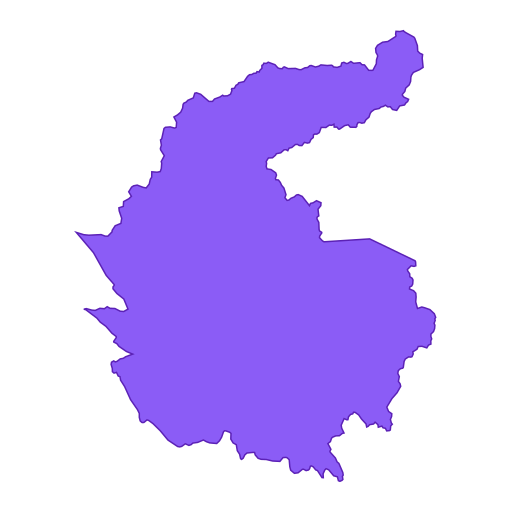 outline of Tarma, Junín, Peru
{"feature_id": "86281439B39213190692953", "entity_name": "Tarma", "entity_type": "district", "adm_level": 2, "iso_a3": "PER", "parent_name": "Peru", "parent_adm1": "Junín", "projection": "albers", "projection_center": [-75.639, -11.251], "detail": "fine", "context": "isolated", "style": "filled", "palette": "violet", "viewbox_px": 512, "rotation_deg": 0, "n_neighbors": 0, "source": "geoboundaries", "source_scale": "gbopen_adm2", "svg_char_len": 6016}
<svg xmlns="http://www.w3.org/2000/svg" viewBox="0 0 512 512"><path d="M403.5,30.7L400.0,31.5L396.0,31.3L395.6,34.2L396.0,35.9L395.5,36.6L387.9,41.5L382.6,42.2L377.5,45.3L375.6,48.4L376.0,52.5L377.5,55.1L377.6,56.4L376.5,59.8L376.3,63.8L373.0,70.1L372.3,70.4L368.7,70.3L364.5,64.9L362.0,64.7L360.0,62.7L353.6,63.3L350.9,61.5L347.8,63.4L346.3,63.5L343.9,62.3L341.7,63.0L340.9,66.1L337.2,67.4L333.4,66.9L332.6,65.7L331.5,65.2L327.3,65.5L320.9,64.9L318.7,66.2L315.4,67.0L311.2,65.5L309.8,65.7L307.6,67.5L304.9,67.8L301.1,69.7L299.1,69.6L295.5,68.4L288.2,68.6L284.4,66.9L283.4,67.2L282.2,68.7L279.5,68.5L277.9,67.9L275.0,64.7L268.2,62.2L266.4,63.4L263.8,63.2L263.2,64.6L261.9,65.4L261.9,68.3L259.7,70.5L259.2,72.0L257.0,71.6L256.1,73.2L253.8,73.3L251.8,74.5L249.5,74.7L247.6,76.3L244.0,81.6L238.7,82.8L237.8,84.3L236.0,85.3L234.4,88.3L231.8,88.6L231.5,89.4L231.9,90.6L230.5,94.2L227.5,95.8L223.7,96.0L222.7,95.2L219.9,97.0L214.5,99.0L212.5,101.4L208.9,101.4L200.7,94.3L196.5,92.8L194.8,93.2L193.3,97.9L187.8,100.3L186.3,102.0L183.8,103.2L183.1,104.4L182.6,108.2L180.7,112.2L177.5,114.9L173.9,117.0L176.6,122.2L176.2,127.4L174.6,128.1L170.2,126.9L165.4,127.3L164.0,128.5L161.7,138.9L160.5,139.9L161.4,145.2L160.4,148.4L160.6,149.8L164.3,155.7L161.2,161.6L161.7,163.1L161.3,168.6L160.2,171.6L157.1,172.2L151.8,171.8L151.7,177.2L150.3,179.3L149.2,184.1L146.2,187.9L143.3,187.4L137.2,185.1L133.6,185.8L131.6,187.1L128.7,191.8L131.4,196.3L128.9,198.7L123.6,201.6L123.3,206.4L118.9,207.8L119.2,210.9L121.7,218.3L120.9,223.4L115.2,225.7L112.2,230.3L112.0,231.9L107.8,236.2L105.1,236.1L101.1,234.6L88.9,235.2L83.8,234.7L76.3,232.4L93.5,252.7L106.2,275.4L114.2,284.6L114.2,285.3L113.0,286.9L113.0,288.8L116.9,293.5L123.8,299.0L128.0,309.1L123.7,311.5L120.2,311.2L114.9,308.5L110.0,308.3L107.2,306.7L104.4,308.7L99.9,308.3L95.3,310.4L91.8,310.1L86.3,308.6L83.8,309.2L85.8,309.7L96.9,318.1L100.2,322.1L106.0,326.4L111.9,333.2L116.2,336.5L116.3,337.5L113.7,341.4L113.8,342.1L116.8,343.6L119.0,346.4L126.4,351.5L132.7,354.1L125.7,356.7L123.3,358.3L120.2,358.9L117.0,361.4L115.3,361.9L113.7,360.9L111.5,362.2L111.1,364.4L112.3,368.4L112.4,371.7L114.0,373.1L116.5,372.4L118.2,376.0L120.0,376.7L120.6,380.2L124.6,386.5L130.6,399.7L137.4,409.5L139.3,413.4L139.3,417.4L140.2,420.9L141.8,422.4L142.8,422.6L144.0,422.4L147.0,419.9L148.8,420.5L153.1,423.7L160.2,430.7L168.0,440.1L177.6,446.5L179.7,446.9L181.7,446.4L185.3,443.8L188.9,445.4L191.2,444.6L192.8,443.1L197.7,442.4L203.4,440.0L206.4,441.7L209.8,442.9L216.7,443.5L219.5,440.8L221.6,437.2L223.5,431.8L224.5,430.8L225.9,430.9L229.8,432.3L231.0,433.4L230.8,439.1L233.1,442.9L236.3,444.7L237.3,450.7L239.6,454.2L240.6,458.7L241.6,459.4L243.2,458.2L244.8,454.9L247.0,453.0L253.1,452.4L254.6,452.5L255.2,454.9L258.1,458.3L261.1,459.3L266.3,459.5L272.6,461.0L279.9,461.4L283.0,457.6L286.0,457.4L287.2,457.8L289.2,459.7L289.8,466.7L290.7,470.2L294.4,473.3L298.1,472.8L302.4,469.3L303.5,469.2L306.1,470.6L308.5,470.0L309.5,468.9L310.4,466.2L311.3,465.9L313.2,466.8L315.7,469.9L317.5,470.6L322.0,477.6L323.3,477.7L323.1,473.8L324.8,470.0L326.1,468.7L328.7,469.8L333.7,475.8L337.4,476.8L338.4,480.7L339.9,481.3L342.0,480.4L342.9,479.4L342.4,476.4L343.2,475.1L342.8,472.5L338.9,463.4L337.1,461.9L335.4,458.0L330.2,452.2L329.9,451.3L330.9,449.3L327.9,443.6L330.4,441.6L331.5,438.3L332.4,437.3L335.7,435.9L339.5,435.7L342.3,433.4L344.0,433.0L341.7,428.2L341.2,425.2L344.1,418.6L346.8,419.8L347.9,419.7L348.5,416.8L350.6,414.4L352.7,413.9L353.5,412.3L355.0,412.3L358.7,414.9L361.4,418.9L366.0,423.9L366.7,427.0L368.2,426.3L369.6,424.7L373.6,424.0L375.1,422.2L377.9,424.6L378.3,427.2L381.9,426.1L383.0,427.8L385.4,428.3L386.7,430.9L389.5,430.6L390.3,430.0L390.7,425.9L392.3,424.2L391.3,422.9L390.4,419.4L391.6,416.5L391.8,413.7L388.6,411.5L386.8,407.1L392.0,398.5L397.0,392.8L400.7,386.3L400.1,383.8L398.4,381.4L399.3,376.6L397.8,373.4L398.3,370.6L400.4,368.7L402.7,368.2L403.3,367.4L404.1,361.5L405.3,359.0L408.6,356.9L410.9,357.1L412.0,356.7L413.2,354.0L412.8,351.9L417.0,349.2L418.2,346.5L422.0,346.3L426.8,347.9L428.5,345.1L430.9,344.1L430.8,340.8L431.7,338.9L430.9,336.5L430.9,334.1L433.5,331.6L434.6,328.6L434.9,325.2L434.1,323.3L435.2,320.4L434.8,318.8L435.7,317.4L434.3,313.7L429.9,309.6L424.8,307.8L421.8,307.0L417.5,308.5L415.7,301.9L416.1,297.0L415.8,293.2L413.6,290.7L409.5,289.0L409.7,287.0L411.7,286.0L412.7,284.1L413.0,280.0L412.2,278.3L409.8,276.7L409.7,273.8L407.7,270.9L407.4,269.5L411.1,265.8L414.0,266.4L415.8,265.8L415.6,261.9L415.1,260.8L369.7,238.9L324.0,241.8L322.4,240.8L319.5,237.7L319.7,236.0L321.8,232.9L321.6,232.2L319.7,231.1L319.1,229.6L318.8,222.4L317.1,219.2L316.9,217.9L317.4,216.8L318.8,215.9L318.0,209.2L320.8,205.7L321.0,202.7L316.5,200.7L313.1,202.8L310.5,203.4L309.5,205.7L302.2,196.4L298.2,194.6L296.4,195.0L294.3,196.9L290.9,198.3L288.8,200.1L287.1,200.4L284.9,197.7L286.0,194.7L283.9,188.0L281.6,185.3L280.3,182.4L278.4,180.0L275.8,179.7L275.4,178.4L276.5,175.1L275.7,172.8L271.0,169.5L267.0,168.9L266.2,166.4L266.6,163.5L266.2,161.5L268.4,158.0L272.5,157.8L275.5,155.2L276.4,153.7L280.8,152.8L284.1,149.8L286.1,149.7L287.8,150.7L289.0,148.2L291.8,147.5L295.4,144.5L297.5,144.4L299.2,145.5L301.9,145.6L304.4,142.4L307.4,143.1L309.5,142.6L311.0,139.4L313.2,137.6L313.5,134.7L314.6,134.1L316.9,134.1L319.3,132.6L321.2,127.4L325.9,127.5L329.3,125.1L331.8,125.3L333.9,124.2L334.2,127.1L336.9,127.1L338.6,129.1L339.6,129.1L344.7,125.6L348.2,124.8L350.3,127.2L355.9,127.3L356.8,126.4L356.9,124.7L358.1,122.6L359.8,122.5L361.8,123.2L364.3,122.7L365.9,119.8L369.0,117.1L370.2,113.4L371.4,111.7L374.4,109.5L379.2,108.5L381.0,107.0L383.5,106.4L385.4,105.2L387.8,106.9L390.3,106.7L392.5,109.5L396.7,110.4L399.7,105.9L404.5,105.0L406.0,102.8L407.6,101.6L408.6,99.3L404.0,97.2L402.4,95.3L402.4,94.3L404.8,91.5L405.7,88.1L409.2,84.9L410.6,81.4L410.9,77.0L411.6,75.0L413.4,72.4L419.5,69.7L423.1,67.4L422.2,58.3L422.6,54.5L419.8,53.2L417.7,51.1L417.4,45.6L414.8,38.3L413.9,37.1L406.1,32.8L403.6,31.2L403.5,30.7Z" fill="#8b5cf6" stroke="#5b21b6" stroke-width="1.5"/></svg>